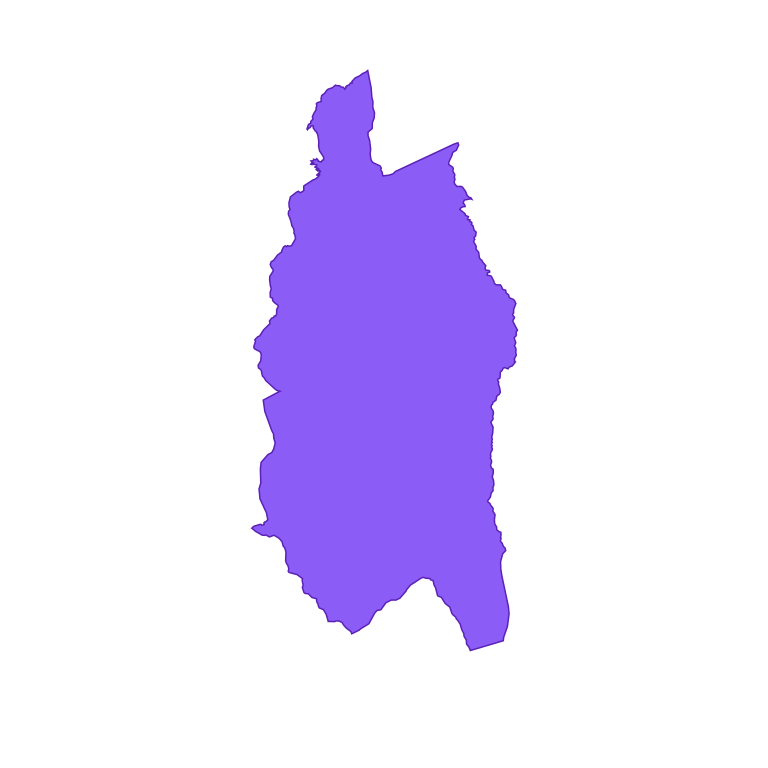 outline of Guachipas, Salta, Argentina, rotated 149°
{"feature_id": "61730980B8942789897843", "entity_name": "Guachipas", "entity_type": "district", "adm_level": 2, "iso_a3": "ARG", "parent_name": "Argentina", "parent_adm1": "Salta", "projection": "orthographic", "projection_center": [-65.567, -25.704], "detail": "fine", "context": "isolated", "style": "filled", "palette": "violet", "viewbox_px": 768, "rotation_deg": 149, "n_neighbors": 0, "source": "geoboundaries", "source_scale": "gbopen_adm2", "svg_char_len": 6171}
<svg xmlns="http://www.w3.org/2000/svg" viewBox="0 0 768 768"><g transform="rotate(149 384 384)"><path d="M213.6,497.1L213.6,498.7L214.9,500.3L215.6,502.7L214.9,507.2L215.3,512.3L216.1,513.6L219.8,515.9L220.3,518.9L219.9,520.9L217.6,523.1L217.4,524.7L215.5,526.9L215.3,531.1L213.7,532.9L213.4,534.4L215.5,538.9L214.0,540.9L207.4,545.4L206.9,546.4L205.3,547.1L201.6,547.1L196.9,550.4L196.4,552.7L200.5,553.6L264.8,560.3L267.8,559.5L272.1,560.4L277.8,563.0L276.5,566.4L276.5,569.5L275.1,570.4L275.1,573.1L279.1,578.9L279.8,581.1L279.3,583.8L277.5,588.1L274.4,592.3L270.9,600.2L269.7,605.3L267.8,608.2L262.6,609.0L259.2,614.2L255.4,617.1L252.5,621.2L251.1,627.0L248.1,631.6L246.7,636.1L242.4,644.7L236.5,661.1L239.8,660.7L242.3,661.2L246.0,660.7L251.0,661.2L255.8,659.8L255.9,658.8L256.5,658.3L257.7,659.3L259.5,658.4L262.4,658.7L263.6,658.5L263.8,657.8L265.7,656.9L266.0,659.2L267.7,660.5L268.5,662.7L270.4,663.7L271.8,665.2L275.5,664.5L280.0,665.5L282.0,665.2L285.1,663.8L288.8,663.4L291.0,661.0L292.3,658.5L296.2,659.5L297.5,659.2L298.7,656.5L300.1,655.7L300.7,654.2L305.0,652.0L307.9,649.8L308.3,647.7L311.5,646.8L312.6,645.2L315.0,645.4L318.7,642.3L318.6,641.3L317.1,642.1L315.3,641.8L313.6,642.7L311.9,642.1L311.9,641.2L312.8,640.1L312.6,636.3L311.9,635.0L312.4,634.1L312.1,632.9L313.2,629.6L315.1,625.3L317.5,621.7L319.2,617.0L318.9,610.1L319.4,608.5L320.4,607.3L321.9,607.6L323.4,606.6L325.6,609.0L325.2,609.5L325.6,611.8L327.1,611.3L328.6,612.8L328.8,612.2L329.9,612.1L331.7,612.8L331.3,611.1L333.6,610.1L333.3,609.6L330.4,610.0L330.5,609.5L331.8,609.2L331.9,608.8L331.2,608.7L328.8,606.3L329.8,605.2L331.2,605.7L331.5,605.3L329.2,602.3L329.4,601.2L329.9,601.2L331.1,602.8L331.7,602.7L331.0,600.6L329.2,599.8L329.0,598.9L331.7,598.3L331.0,597.2L331.6,596.3L332.2,596.4L332.7,597.9L333.7,597.9L334.0,597.4L333.1,596.5L333.3,595.5L337.8,595.0L339.7,595.5L350.5,595.1L351.4,594.2L352.9,591.4L354.4,590.9L357.3,591.1L358.1,593.3L360.4,593.5L368.0,592.5L372.2,588.2L374.1,584.6L374.7,581.9L376.8,581.2L378.6,578.8L379.9,571.6L381.5,567.1L381.4,564.1L382.3,561.3L383.5,559.8L383.6,557.8L385.0,554.1L392.1,550.2L394.1,550.8L395.5,552.3L396.8,551.9L397.5,553.3L399.6,553.2L402.8,551.1L403.7,549.9L408.8,549.4L414.9,546.9L417.7,546.9L419.9,545.1L420.5,542.0L420.1,539.2L421.0,537.8L426.3,535.2L428.4,532.3L430.8,526.7L431.6,523.7L434.4,521.2L436.7,517.0L435.4,514.8L436.5,512.9L436.1,510.4L434.4,506.1L434.5,505.0L437.6,503.2L440.1,499.2L441.8,498.2L443.1,498.8L444.5,497.9L446.5,498.3L449.7,497.0L450.5,494.6L459.4,492.4L465.7,489.3L468.0,489.5L471.9,488.5L472.2,486.8L476.2,483.2L476.9,481.8L476.7,480.5L473.8,475.8L473.6,474.1L474.4,471.9L477.7,467.4L482.3,464.9L483.3,462.4L482.2,459.7L482.3,458.7L484.1,453.5L483.5,450.9L483.6,448.0L480.2,436.4L479.2,433.8L476.9,431.4L495.8,432.4L500.3,421.8L504.2,402.0L504.4,398.2L506.3,394.5L507.7,389.4L512.2,385.0L515.6,383.0L519.8,383.3L529.7,380.1L533.7,374.9L540.6,362.6L545.2,358.4L549.5,349.3L551.1,334.1L553.6,327.4L556.5,326.8L557.5,327.2L558.6,326.7L559.1,325.3L561.4,325.7L561.7,326.9L562.5,327.5L568.8,329.1L571.6,328.5L570.0,323.9L566.3,317.2L564.4,315.8L563.2,315.6L560.9,311.9L556.2,311.0L553.5,306.1L552.6,301.4L553.9,296.9L553.5,295.0L554.1,292.0L555.0,289.8L559.4,283.1L560.0,280.5L559.9,277.6L560.8,274.7L562.6,272.7L562.4,271.3L556.7,265.4L554.1,259.2L555.4,257.7L556.9,253.2L558.8,251.7L560.0,246.5L559.4,245.0L556.9,243.1L555.7,238.1L552.4,234.6L553.4,233.0L554.0,230.8L553.9,229.3L554.6,227.5L554.8,225.4L552.1,221.7L552.2,216.2L554.1,209.2L548.8,205.8L546.7,205.4L544.3,203.6L542.7,200.8L542.8,198.3L542.1,194.4L539.9,188.9L540.3,186.5L531.9,185.8L530.2,186.2L520.4,186.3L510.0,192.4L506.8,193.5L502.9,192.1L495.0,195.5L489.2,195.1L484.9,192.6L480.8,192.2L472.0,195.0L470.4,196.1L465.0,198.0L452.0,198.5L449.9,198.0L448.1,195.9L444.9,193.7L444.9,192.2L443.2,190.2L444.7,185.5L444.7,182.9L447.0,175.3L446.9,174.4L444.7,171.6L444.6,164.6L442.5,158.8L443.9,152.8L443.8,150.8L442.6,147.3L443.0,145.3L442.5,143.7L442.4,138.8L443.9,133.2L444.1,129.2L445.3,126.5L445.4,122.1L447.2,118.5L446.7,114.7L447.3,111.1L414.0,102.5L411.8,105.3L403.0,112.7L395.1,122.7L392.0,129.2L382.0,158.2L379.3,165.0L375.7,171.5L369.6,177.4L365.5,178.5L364.7,181.0L365.3,183.5L364.7,186.7L365.1,188.6L364.9,189.6L363.1,191.5L363.2,192.3L361.6,194.1L360.2,196.7L361.5,198.3L362.4,200.9L361.1,203.6L361.1,207.2L359.2,210.9L356.1,214.8L356.1,219.1L354.8,220.6L354.5,222.0L355.0,225.3L354.7,227.1L355.6,229.2L355.3,230.5L351.3,232.1L348.0,235.5L345.6,236.3L343.8,239.3L341.7,241.0L339.8,244.9L339.0,248.7L336.2,251.3L334.3,254.7L335.1,256.1L334.6,259.5L332.3,261.3L331.3,262.9L331.0,265.7L329.5,267.1L329.1,268.7L327.2,270.7L325.2,271.7L324.3,273.1L324.4,274.3L323.1,275.3L323.1,276.9L321.2,278.2L321.2,279.4L319.5,281.0L319.3,282.6L316.1,286.0L312.7,290.9L312.2,296.2L308.5,297.8L307.6,300.1L305.1,302.7L304.3,305.2L304.5,308.2L303.2,310.2L301.1,311.0L300.2,312.1L296.3,312.5L293.6,315.5L290.6,315.8L288.5,317.0L286.9,321.0L285.9,325.3L284.6,326.6L284.8,328.5L283.7,329.6L282.1,329.2L281.4,329.5L278.2,334.2L275.8,334.8L273.6,336.2L272.0,335.8L269.9,333.1L267.7,334.0L264.7,333.4L260.0,335.2L260.6,336.4L259.6,337.1L259.5,338.3L255.8,340.5L254.7,343.4L253.1,345.5L252.5,347.4L252.6,349.5L249.8,351.5L248.8,356.0L248.3,356.7L246.1,357.2L245.0,358.3L244.3,360.3L241.9,361.3L241.3,371.2L240.6,372.1L238.1,373.6L237.8,374.4L238.2,376.9L237.5,377.8L236.4,378.0L234.5,381.1L229.5,385.1L229.2,388.1L229.5,389.8L232.1,393.4L231.3,396.2L232.4,399.3L231.4,401.8L233.0,403.3L233.5,404.6L233.0,407.0L233.2,409.0L237.0,411.4L237.5,413.7L236.9,415.5L236.5,421.1L237.6,422.6L239.4,423.9L238.2,426.0L235.9,425.4L235.3,426.3L235.4,427.1L237.8,429.0L238.1,429.9L237.4,431.7L235.8,433.0L236.6,437.7L236.4,439.7L237.2,441.4L237.1,443.4L235.0,448.1L235.7,452.1L234.0,454.6L233.9,459.7L232.9,460.8L231.8,461.1L231.4,463.2L229.3,463.6L226.8,466.7L227.5,469.4L226.2,474.1L227.0,475.5L225.6,476.9L225.8,478.1L226.8,479.0L225.7,480.5L227.4,481.5L227.6,482.2L225.4,484.0L227.3,486.5L226.8,488.2L229.1,494.6L227.6,495.4L224.9,495.2L223.1,494.3L222.6,495.5L222.8,498.5L220.4,500.3L214.4,498.1L213.6,497.1Z" fill="#8b5cf6" stroke="#5b21b6" stroke-width="1.5"/></g></svg>